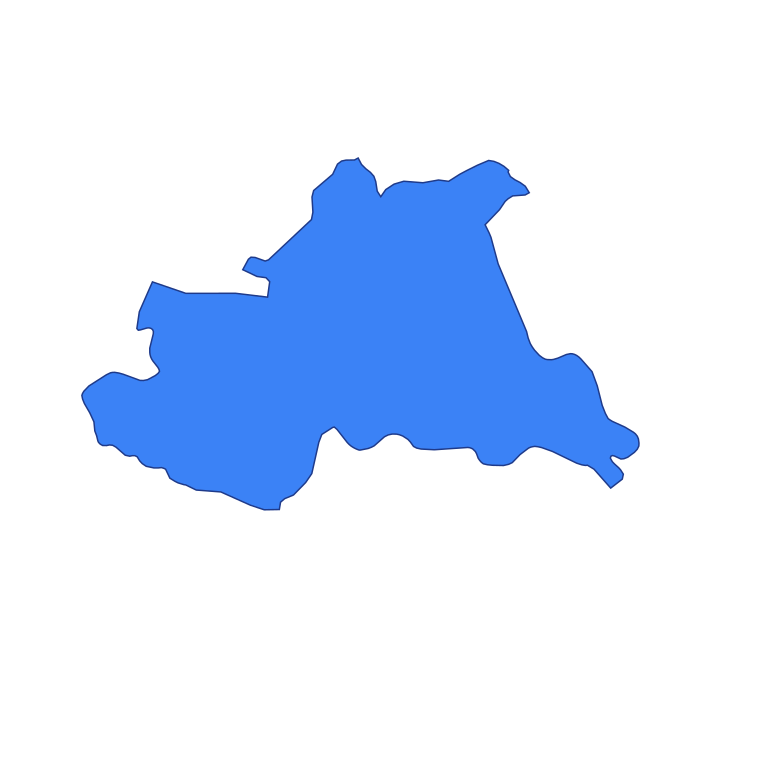 Pavia, orthographic projection, rotated 314°
{"feature_id": "ITA-5449", "entity_name": "Pavia", "entity_type": "Province", "adm_level": 1, "iso_a3": "ITA", "parent_name": "Italy", "parent_adm1": "", "projection": "orthographic", "projection_center": [9.018, 45.044], "detail": "fine", "context": "isolated", "style": "filled", "palette": "blue", "viewbox_px": 768, "rotation_deg": 314, "n_neighbors": 0, "source": "natural_earth", "source_scale": "10m", "svg_char_len": 3075}
<svg xmlns="http://www.w3.org/2000/svg" viewBox="0 0 768 768"><g transform="rotate(314 384 384)"><path d="M296.6,146.5L311.5,178.4L346.2,214.3L365.6,239.9L378.2,230.7L378.5,225.3L373.1,217.9L368.1,203.0L379.5,199.8L382.8,200.2L385.5,203.4L389.9,213.1L393.1,214.7L451.9,217.6L458.2,213.5L468.5,202.3L474.3,199.0L499.2,201.4L509.9,197.8L514.9,198.6L518.6,201.1L524.7,207.2L528.6,208.4L526.3,215.3L526.2,221.5L526.8,227.2L526.4,232.4L523.9,237.4L518.0,245.2L516.5,251.6L525.1,250.2L534.8,252.4L543.6,257.4L555.8,272.2L568.6,281.5L574.7,289.7L587.5,292.8L594.6,295.1L606.2,299.2L617.5,304.0L620.5,308.4L622.6,313.5L623.9,319.1L624.3,325.3L622.7,326.0L621.0,330.8L621.8,336.2L623.5,342.0L624.4,348.2L622.5,355.6L618.0,354.2L608.7,345.9L603.5,344.6L599.5,344.3L589.6,346.0L568.8,346.1L565.7,354.7L563.8,359.1L549.7,382.7L520.8,450.1L517.2,455.8L514.7,461.1L513.7,464.6L512.9,468.8L512.5,475.8L513.0,479.8L513.9,482.8L515.0,484.5L517.8,487.6L519.5,488.9L523.4,491.1L531.9,494.7L535.4,497.1L536.7,498.7L537.7,500.6L538.4,502.8L538.8,505.6L538.8,508.4L537.4,525.1L530.8,538.7L520.2,555.8L516.6,563.7L514.8,569.3L515.2,571.8L515.7,574.1L520.4,587.4L522.6,597.0L522.8,599.5L522.4,602.5L521.2,605.2L518.6,608.5L516.4,610.4L513.0,611.5L508.8,611.6L500.6,610.2L496.9,608.5L494.6,606.5L492.3,599.8L491.2,598.0L489.7,597.4L487.9,598.3L486.7,602.3L486.6,605.3L486.8,611.1L486.6,613.8L485.4,618.8L481.1,621.5L466.6,619.4L468.6,594.2L466.9,586.8L465.3,585.4L463.3,582.5L460.9,577.6L452.5,552.0L447.8,541.6L445.8,538.3L443.9,535.8L442.2,534.5L440.5,533.4L438.3,532.5L427.8,530.9L416.6,530.9L412.9,529.5L408.4,526.6L400.9,518.5L397.7,514.4L395.6,510.9L395.3,508.5L395.5,506.0L396.0,503.4L398.1,499.1L398.9,496.7L398.9,492.7L397.9,490.2L396.6,488.4L371.7,465.9L363.0,455.9L360.6,452.0L359.6,448.6L360.6,443.2L360.8,439.7L359.6,433.6L358.2,430.3L356.7,427.9L354.4,425.4L353.6,424.6L350.3,422.4L346.4,421.0L332.8,419.9L329.8,418.9L326.6,417.4L320.1,412.9L319.2,412.0L318.3,410.0L317.6,408.1L317.0,406.0L316.5,403.5L316.3,400.9L316.4,398.1L318.7,381.8L318.5,378.2L317.2,377.3L304.5,374.3L296.8,377.6L269.4,394.3L258.7,396.1L241.3,396.0L232.5,392.2L227.1,391.7L221.0,395.9L210.3,385.2L204.1,372.3L193.0,341.6L177.3,322.6L173.6,311.3L172.7,310.2L169.8,304.5L168.8,301.3L167.5,295.4L171.0,286.1L170.4,284.2L169.3,282.0L166.8,279.9L163.8,276.8L159.6,270.1L158.8,265.4L159.0,261.6L160.2,257.0L159.4,254.6L157.7,252.8L155.4,251.2L153.0,247.3L152.4,235.1L151.4,231.3L149.4,228.8L147.0,227.2L144.3,224.3L143.6,221.6L143.7,219.2L144.3,217.7L147.1,213.3L149.4,208.5L150.2,207.6L155.3,201.6L158.9,192.3L161.8,182.1L163.8,177.6L165.9,174.6L167.8,173.7L170.4,173.1L177.7,173.1L197.8,177.9L202.1,179.5L203.8,180.7L205.4,182.3L207.8,185.8L209.9,189.7L217.1,206.0L219.4,208.5L222.8,210.9L231.1,213.6L234.7,214.1L237.2,213.7L238.2,212.0L238.9,209.8L240.0,201.8L240.6,199.4L241.5,197.2L242.7,195.2L244.1,193.5L247.1,190.6L259.8,183.2L261.6,181.6L262.4,179.7L262.1,177.6L261.1,175.9L259.5,174.5L253.7,171.2L252.0,169.9L252.2,167.7L266.0,157.8L296.6,146.5Z" fill="#3b82f6" stroke="#1e3a8a" stroke-width="1.5"/></g></svg>